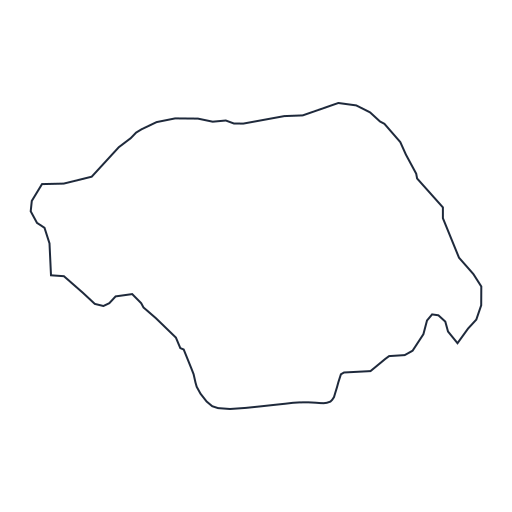 the district of San Lorenzo, San Marcos, Guatemala
{"feature_id": "79465075B14386686272745", "entity_name": "San Lorenzo", "entity_type": "district", "adm_level": 2, "iso_a3": "GTM", "parent_name": "Guatemala", "parent_adm1": "San Marcos", "projection": "albers", "projection_center": [-91.744, 15.025], "detail": "fine", "context": "isolated", "style": "outline", "palette": "slate", "viewbox_px": 512, "rotation_deg": 0, "n_neighbors": 0, "source": "geoboundaries", "source_scale": "gbopen_adm2", "svg_char_len": 1230}
<svg xmlns="http://www.w3.org/2000/svg" viewBox="0 0 512 512"><path d="M42.0,184.1L31.8,200.9L30.7,211.3L37.0,222.9L44.5,227.8L49.5,243.4L51.0,275.3L63.9,276.2L83.0,292.9L94.8,303.9L103.4,306.0L109.3,303.2L115.6,296.4L132.2,294.1L141.2,303.2L143.5,307.5L155.8,318.1L175.9,337.6L180.3,348.1L183.7,349.5L191.5,368.8L193.6,374.2L195.5,382.6L196.7,386.8L200.5,393.7L206.6,401.5L212.2,406.2L218.0,408.1L230.0,409.0L245.8,407.9L260.3,406.4L275.0,404.8L285.5,403.7L292.9,402.8L299.4,402.4L307.9,402.3L315.4,402.7L320.5,403.1L323.6,403.2L326.8,402.8L330.4,401.6L332.2,399.8L334.0,397.1L335.1,393.4L337.0,387.2L338.4,382.1L340.9,374.3L344.0,372.5L370.5,371.1L385.3,358.9L389.1,356.1L404.7,355.1L412.6,350.7L423.4,334.2L427.0,320.5L432.1,314.4L438.4,315.3L445.3,321.6L448.0,331.5L457.5,343.2L468.1,328.5L476.3,319.6L481.2,305.3L481.3,286.5L473.4,274.1L459.0,257.7L442.9,218.2L442.9,207.4L417.1,178.5L416.2,173.7L405.9,154.6L400.3,142.1L384.4,123.8L380.0,121.5L370.1,112.4L356.2,105.4L338.3,103.0L302.7,115.4L284.3,116.1L243.3,123.6L233.9,123.5L225.8,120.5L212.7,121.7L197.9,118.6L175.1,118.4L156.6,122.1L141.7,129.2L136.1,132.6L130.8,138.1L118.8,147.2L91.7,176.7L63.7,183.6L42.0,184.1Z" fill="none" stroke="#1e293b" stroke-width="2"/></svg>